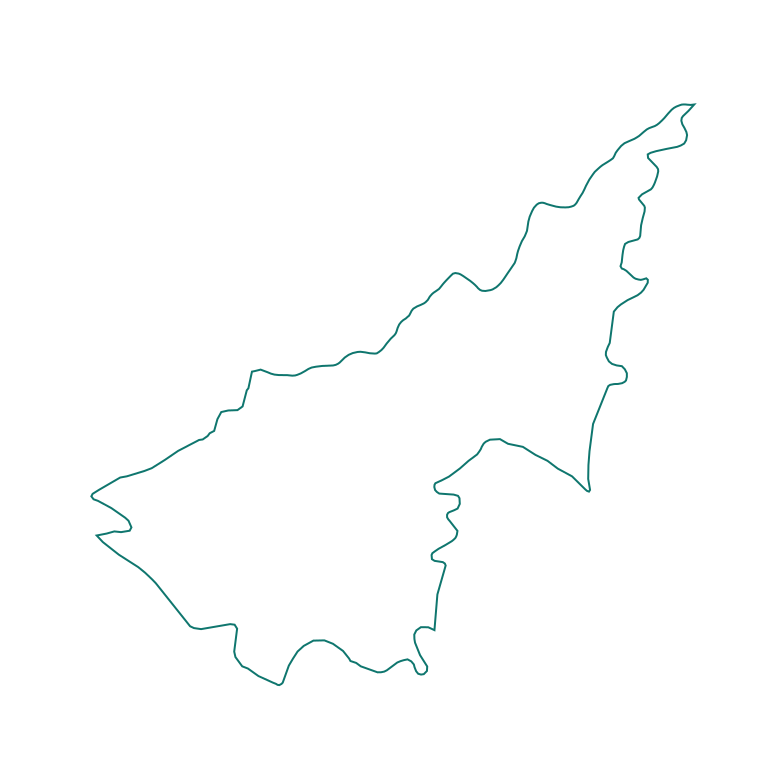 outline of Pajapita, San Marcos, Guatemala, rotated 186°
{"feature_id": "79465075B67367283540012", "entity_name": "Pajapita", "entity_type": "district", "adm_level": 2, "iso_a3": "GTM", "parent_name": "Guatemala", "parent_adm1": "San Marcos", "projection": "mercator", "projection_center": [-92.076, 14.718], "detail": "fine", "context": "isolated", "style": "outline", "palette": "teal", "viewbox_px": 768, "rotation_deg": 186, "n_neighbors": 0, "source": "geoboundaries", "source_scale": "gbopen_adm2", "svg_char_len": 5020}
<svg xmlns="http://www.w3.org/2000/svg" viewBox="0 0 768 768"><g transform="rotate(186 384 384)"><path d="M104.7,694.4L108.2,693.6L111.5,693.5L113.5,693.5L115.4,693.3L117.1,693.0L118.9,692.2L122.2,690.5L124.5,688.9L126.6,686.8L129.6,682.8L133.0,677.8L134.8,675.5L137.6,672.2L139.6,670.3L141.7,668.8L144.0,667.7L147.0,666.2L149.3,664.6L152.1,661.8L156.2,657.4L158.3,655.7L160.6,654.0L165.4,651.3L170.0,648.6L173.0,645.6L174.3,643.7L176.1,641.0L177.7,638.2L178.3,636.4L178.9,634.6L179.9,632.4L182.0,630.5L184.2,628.7L189.5,624.6L191.5,622.7L193.5,620.5L196.5,617.1L198.1,614.4L201.1,608.9L203.8,602.3L205.1,598.4L206.5,594.7L208.2,591.4L209.7,588.2L211.4,584.3L212.6,582.5L214.0,581.1L216.3,580.0L218.9,579.1L222.0,578.6L227.0,578.2L231.4,578.4L237.2,579.3L240.9,580.0L243.0,580.6L245.0,580.9L246.7,580.7L249.0,579.9L250.9,578.3L253.3,575.0L254.8,571.4L256.6,565.6L257.4,560.7L257.8,551.3L258.5,548.8L259.5,545.5L261.8,540.5L263.5,535.0L264.6,530.4L265.1,527.2L265.5,523.0L266.2,519.8L266.7,518.0L269.7,512.4L272.7,506.9L274.7,503.1L276.2,500.3L278.4,496.7L280.4,494.2L282.4,492.0L285.9,489.4L287.9,488.5L292.9,487.1L296.2,487.0L298.3,487.6L300.5,489.1L301.7,490.3L303.9,492.1L306.0,493.6L309.1,495.6L312.4,497.4L316.4,499.6L319.3,501.0L321.3,501.6L324.7,501.8L327.0,500.9L328.1,499.6L329.2,498.3L332.8,493.7L334.8,491.0L336.1,489.1L337.4,487.0L339.2,484.3L341.8,482.0L344.2,480.0L345.7,478.4L347.6,475.7L348.4,473.9L349.2,472.2L351.2,469.7L352.8,468.3L356.1,466.3L359.1,464.7L362.7,462.0L364.2,459.7L365.4,456.5L366.2,454.6L367.4,453.4L369.2,451.4L371.6,449.5L373.4,447.5L375.1,444.8L376.3,441.2L377.0,437.6L377.6,435.6L378.7,433.7L382.1,429.7L385.6,424.5L388.2,420.0L390.1,417.5L392.4,415.3L394.4,413.7L396.2,413.3L401.3,413.1L406.0,413.5L410.8,413.6L413.6,413.1L418.3,411.5L422.2,409.3L425.8,406.2L428.0,403.5L430.4,400.6L431.9,399.3L434.0,398.0L436.6,397.1L443.2,396.1L447.3,395.5L453.4,394.1L457.7,392.8L460.7,391.1L463.9,388.6L467.9,385.8L471.3,384.0L473.3,383.2L476.1,382.7L481.1,382.7L489.5,381.9L493.9,381.9L497.6,382.5L500.9,383.5L508.2,385.4L514.0,383.3L516.6,382.5L518.4,365.6L519.8,363.4L522.3,346.9L527.0,342.7L536.1,341.4L542.9,339.1L546.0,331.6L548.0,319.6L552.2,316.8L553.9,313.9L558.5,309.9L562.1,309.0L564.0,307.7L571.9,302.5L573.8,301.2L581.7,296.0L594.1,285.5L606.2,276.0L613.1,272.5L630.1,265.3L636.6,263.4L656.3,249.0L662.3,244.3L663.3,241.7L660.8,239.0L656.3,237.9L642.2,232.1L627.5,224.0L623.8,221.3L620.2,215.0L621.6,211.5L630.0,209.2L636.8,209.2L644.1,206.3L653.9,203.3L647.1,197.4L629.8,186.5L609.3,176.2L601.8,171.3L594.0,165.3L590.1,162.0L551.5,122.8L547.5,121.4L540.3,121.1L511.9,129.1L507.4,129.0L504.5,125.3L505.0,102.2L503.2,96.9L495.5,88.4L489.6,86.8L478.3,80.4L463.3,75.4L460.1,74.5L458.5,73.7L456.7,73.6L454.6,75.0L453.5,76.4L449.2,94.0L445.8,101.4L442.0,108.9L436.5,115.1L427.4,121.4L416.5,122.8L407.6,120.3L396.8,114.2L390.0,107.3L388.4,105.0L382.5,103.7L377.6,100.8L360.3,96.6L356.9,97.0L353.7,98.0L351.2,99.6L341.7,108.4L338.6,110.1L335.5,111.4L331.8,112.6L327.9,111.0L325.0,108.2L324.0,105.5L322.0,101.7L319.7,99.4L316.8,98.9L314.1,99.6L311.3,103.1L311.5,107.6L319.8,118.1L326.1,130.0L327.1,133.6L327.7,138.0L326.1,142.3L321.9,146.0L314.6,146.7L308.1,144.5L308.9,180.3L303.7,209.9L304.7,211.8L306.9,213.0L315.2,213.4L318.0,214.8L318.8,218.9L318.2,220.8L315.9,222.9L312.5,225.8L305.9,230.4L300.1,234.8L298.6,236.3L297.0,238.2L296.3,239.8L295.8,241.7L295.6,245.6L304.6,254.9L305.9,256.1L307.3,258.0L307.6,260.5L306.9,262.3L305.6,263.4L301.2,265.7L297.8,267.8L296.1,272.7L297.0,278.3L298.7,280.5L303.2,281.3L317.6,280.8L320.2,282.2L322.1,283.9L323.2,286.8L323.2,289.1L322.5,290.7L316.1,294.5L309.7,298.7L299.7,307.9L291.9,316.4L284.0,323.7L282.2,326.8L280.9,329.4L280.2,331.8L278.6,335.2L276.8,337.2L272.8,339.7L262.9,341.3L254.4,337.5L239.3,336.0L225.9,329.3L213.4,324.7L202.3,318.0L187.3,311.8L172.8,300.2L170.9,298.9L168.9,298.4L168.0,300.2L171.0,310.9L172.2,324.7L172.6,338.6L171.9,366.1L161.4,403.3L160.7,405.4L159.0,406.8L155.1,408.0L151.3,408.5L147.3,409.7L144.9,411.3L143.7,412.8L143.2,416.4L143.6,420.1L146.0,423.8L149.3,426.6L154.6,426.8L159.3,427.8L162.7,430.0L165.2,433.7L166.4,436.0L166.6,439.1L165.3,444.2L163.8,448.4L163.0,480.0L159.8,484.8L156.7,487.9L150.5,492.9L145.0,496.3L141.1,498.8L137.9,501.8L135.7,504.8L132.3,512.3L132.5,515.2L134.2,516.5L137.4,515.1L139.5,514.4L141.8,514.5L144.9,515.0L147.0,516.0L149.5,517.9L152.4,520.1L154.8,521.9L157.5,523.2L159.6,523.7L161.1,525.9L160.3,529.8L160.3,537.3L160.1,542.0L159.6,545.6L158.9,548.5L155.8,550.8L146.8,554.3L145.3,556.0L144.7,558.1L144.9,568.7L144.0,576.2L142.9,582.8L143.0,586.7L143.8,588.4L148.2,592.7L149.7,594.2L150.3,595.7L147.2,599.6L138.8,605.6L137.5,607.5L136.3,610.5L135.6,612.8L134.1,619.0L133.5,624.1L133.9,626.3L135.5,628.4L145.0,636.4L145.7,639.9L143.0,641.8L137.7,644.0L127.4,647.4L117.2,650.5L113.8,652.2L110.6,654.5L109.0,658.0L108.6,663.2L109.6,666.2L112.0,670.1L114.4,673.4L115.8,676.9L115.7,679.7L114.7,681.6L109.7,687.5L104.7,694.4Z" fill="none" stroke="#0f766e" stroke-width="2"/></g></svg>